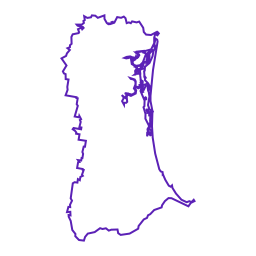 Gold Coast, Queensland, Australia (Albers equal-area conic projection)
{"feature_id": "25037944B76061046607907", "entity_name": "Gold Coast", "entity_type": "district", "adm_level": 2, "iso_a3": "AUS", "parent_name": "Australia", "parent_adm1": "Queensland", "projection": "albers", "projection_center": [153.388, -27.978], "detail": "fine", "context": "isolated", "style": "outline", "palette": "violet", "viewbox_px": 256, "rotation_deg": 0, "n_neighbors": 0, "source": "geoboundaries", "source_scale": "gbopen_adm2", "svg_char_len": 5722}
<svg xmlns="http://www.w3.org/2000/svg" viewBox="0 0 256 256"><path d="M194.5,201.1L193.7,199.8L191.6,202.0L189.3,201.2L186.7,202.2L181.4,199.7L176.0,193.6L172.5,188.0L172.0,185.4L170.7,186.7L168.8,185.7L165.3,179.8L162.9,174.3L163.3,173.5L162.7,174.1L162.6,172.1L160.7,171.4L159.3,169.3L155.2,153.6L152.7,137.6L152.0,126.3L152.4,112.5L153.2,112.1L152.0,112.1L153.5,111.0L150.2,111.9L149.2,113.2L149.2,116.4L149.5,113.3L150.5,113.9L150.1,121.1L150.9,123.0L149.9,123.2L149.9,124.6L151.0,124.5L151.2,125.5L150.1,125.4L150.8,126.0L149.3,128.0L150.3,129.8L148.7,128.9L148.3,130.4L149.4,133.2L150.8,132.1L151.6,132.4L150.2,133.7L150.8,135.9L149.2,134.0L147.9,134.3L148.8,133.7L148.3,132.9L147.1,136.3L147.2,132.6L147.9,131.8L147.5,129.2L149.2,126.2L145.4,118.7L145.5,113.9L143.5,107.2L144.4,106.2L144.6,100.6L140.5,91.0L142.0,86.2L138.5,88.3L134.6,86.9L134.3,88.4L136.2,90.2L135.7,93.5L130.9,95.9L127.4,94.5L126.7,97.0L127.2,101.8L126.2,102.8L124.1,102.8L124.0,104.7L122.1,101.1L123.9,97.8L121.8,95.1L125.3,97.9L127.1,93.6L125.8,93.8L124.8,93.2L126.8,93.3L132.0,94.6L135.1,92.8L135.5,90.7L133.9,88.4L135.5,84.3L135.4,81.4L133.6,79.5L130.8,78.9L130.1,78.0L134.7,79.5L135.7,81.3L135.6,86.0L136.5,86.9L139.8,86.9L140.8,84.7L138.7,85.5L142.5,82.9L141.2,80.4L141.0,82.4L140.6,82.8L140.3,83.1L140.9,81.7L140.6,79.5L139.6,79.5L140.7,79.5L140.0,73.7L136.8,73.8L136.5,73.6L136.2,72.8L135.5,74.5L134.6,74.6L135.5,73.9L135.1,71.0L136.9,68.5L135.4,66.9L135.2,66.1L131.8,64.1L130.9,58.5L129.5,57.2L128.5,58.0L126.3,58.4L124.4,57.9L126.6,56.9L130.2,56.4L131.7,57.0L131.0,57.9L132.0,57.4L132.6,57.8L133.2,58.8L133.7,57.7L134.0,57.5L135.4,58.3L136.1,56.1L137.3,56.5L138.9,55.5L135.6,52.5L136.3,51.7L144.5,50.8L145.1,51.0L151.1,49.4L154.2,43.2L154.2,37.7L155.5,32.6L151.0,35.0L146.1,34.6L143.8,32.0L143.2,27.8L139.2,21.6L136.6,22.4L132.1,21.4L130.8,23.2L128.9,22.4L126.7,23.1L125.5,18.2L123.8,16.6L121.1,17.8L117.2,17.1L114.3,22.7L110.2,24.1L108.4,24.2L106.8,23.0L104.5,18.9L104.4,15.4L97.8,17.8L95.3,15.7L91.9,15.4L91.0,17.3L87.3,17.9L84.2,16.2L84.8,20.0L83.4,21.0L83.9,22.9L81.8,24.6L76.7,24.6L77.6,25.7L82.9,27.0L83.6,27.9L82.2,29.3L81.4,27.7L78.0,29.2L79.1,32.2L78.6,33.1L72.7,34.3L71.4,37.0L71.6,43.8L70.0,45.2L69.9,47.2L67.5,48.2L69.8,50.0L66.9,53.4L66.1,55.9L61.5,58.4L66.5,65.5L62.9,71.4L63.9,73.4L65.6,74.1L65.7,79.1L68.5,79.5L67.3,86.9L67.6,89.8L65.6,95.3L76.5,97.2L76.4,98.0L77.7,98.3L76.7,104.2L77.8,105.8L74.7,116.5L79.0,117.3L79.3,115.8L81.1,119.2L79.9,120.0L80.7,121.9L79.4,127.1L81.4,127.5L81.1,129.3L73.6,128.0L72.7,129.2L75.1,130.9L76.3,132.5L76.1,133.7L79.5,134.3L78.6,139.7L85.9,140.8L85.0,146.7L83.7,146.6L82.4,152.0L83.1,153.9L82.4,158.1L81.6,158.0L81.2,160.5L78.0,160.1L79.4,162.0L78.1,162.3L77.1,168.0L82.7,169.0L82.7,169.8L83.7,170.0L82.0,174.7L82.8,175.8L80.4,176.9L79.8,180.2L77.9,179.1L77.4,182.6L74.6,182.2L72.8,183.3L70.7,198.4L72.0,200.7L70.0,204.8L70.2,207.1L68.4,206.9L67.0,212.1L70.3,211.8L70.5,215.4L68.6,215.0L68.7,216.7L70.7,220.9L72.3,230.0L75.4,233.9L75.3,236.2L79.0,240.0L83.9,240.6L85.1,236.9L87.8,233.6L94.7,232.1L100.1,228.2L102.5,229.0L105.9,228.3L108.8,230.6L111.3,229.7L117.5,229.5L118.2,233.2L120.7,234.9L129.6,233.6L138.2,228.7L138.6,226.0L143.8,219.4L147.0,217.9L148.0,215.3L150.2,214.2L154.2,210.0L161.6,207.4L162.1,205.2L164.9,201.1L168.5,198.1L171.5,198.2L188.4,206.3L190.8,202.9L194.5,201.1ZM148.5,90.3L149.4,96.6L148.0,105.1L149.6,109.7L152.3,110.4L150.5,101.0L150.5,95.8L153.0,70.1L157.6,41.5L157.2,39.7L155.6,38.6L154.3,44.0L155.5,46.9L153.4,51.4L152.5,56.4L149.5,63.0L145.0,66.8L144.7,70.7L144.1,71.2L144.5,76.0L145.7,77.8L144.9,78.3L145.1,80.3L148.2,83.4L150.0,86.8L149.7,89.5L148.5,90.3ZM137.0,52.3L138.0,52.6L136.2,52.5L139.1,54.5L139.0,55.7L137.2,58.0L136.2,57.9L135.4,59.4L133.0,60.8L132.5,62.4L133.7,64.8L136.3,65.8L140.0,65.2L142.8,62.4L145.9,54.3L145.7,53.3L143.3,52.5L143.7,51.4L143.6,52.1L145.0,52.4L144.1,51.1L137.0,52.3ZM145.1,84.6L141.9,84.8L143.0,86.3L142.1,90.0L143.8,89.9L145.5,86.2L145.1,84.6ZM139.3,65.6L135.6,67.0L136.9,67.5L137.9,69.5L139.4,68.8L140.7,69.2L140.9,66.7L139.3,65.6ZM140.3,73.6L139.9,70.3L138.4,72.0L136.2,70.3L135.5,72.1L135.7,72.8L136.0,73.0L136.1,72.8L136.3,72.8L136.9,73.8L140.3,73.6ZM147.4,53.3L147.4,55.9L150.4,52.6L150.4,51.5L149.7,51.1L147.4,53.3ZM146.7,61.7L149.5,57.1L149.4,55.5L146.6,59.3L146.7,61.7ZM141.6,64.7L142.5,66.2L144.6,61.6L141.6,64.7ZM155.9,34.4L157.4,35.3L158.8,33.4L157.6,32.1L155.9,34.4ZM132.6,58.6L131.5,58.4L132.5,60.7L135.3,58.5L134.0,57.6L133.3,58.9L131.7,57.7L132.6,58.6ZM147.3,85.0L148.0,89.9L149.3,88.9L147.3,85.0ZM148.3,112.8L148.4,109.5L145.8,109.5L146.7,109.9L147.4,112.9L148.3,112.8ZM136.1,69.9L138.2,71.1L139.1,70.4L137.2,69.1L136.1,69.9ZM146.2,100.1L146.2,98.0L145.1,96.7L146.2,100.1ZM146.4,62.9L148.4,62.0L147.9,60.7L146.6,62.0L146.4,62.9ZM142.2,92.4L143.1,91.9L142.1,90.6L141.5,91.5L142.2,92.4ZM126.7,57.0L128.4,57.9L129.0,57.2L126.7,57.0ZM107.7,23.3L109.7,23.9L110.3,23.6L107.7,23.3ZM136.2,57.5L137.3,57.3L136.3,56.3L136.2,57.5ZM154.8,46.4L154.4,45.6L153.6,46.5L154.8,46.4ZM141.9,80.7L142.3,81.7L142.9,82.6L142.6,81.1L141.9,80.7ZM149.1,61.1L149.7,60.1L149.5,59.5L148.9,60.1L149.1,61.1ZM142.4,68.7L143.2,68.3L142.5,67.6L142.2,67.8L142.4,68.7ZM113.6,21.6L111.4,22.2L110.8,22.6L112.8,22.1L113.6,21.6ZM139.9,69.4L138.9,69.6L139.3,70.1L139.9,69.4ZM152.2,49.8L152.1,50.8L152.7,50.2L152.2,49.8ZM141.3,69.0L142.1,68.9L141.4,68.5L141.3,69.0ZM145.0,78.0L145.1,77.0L144.7,76.8L145.0,78.0ZM147.2,56.3L147.4,57.1L147.7,56.5L147.2,56.3ZM147.0,57.2L147.2,57.9L147.5,57.2L147.0,57.2ZM143.0,66.0L143.4,65.9L143.4,65.2L143.0,66.0ZM144.3,76.8L144.6,77.6L144.4,76.7L144.3,76.8ZM147.4,84.0L147.0,84.0L147.2,84.4L147.4,84.0ZM145.1,62.6L145.4,62.0L145.3,61.8L145.2,61.8L145.1,62.6Z" fill="none" stroke="#5b21b6" stroke-width="2"/></svg>